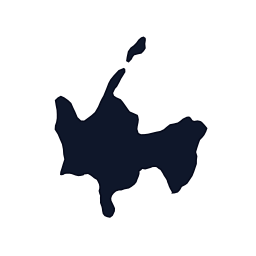 outline of Neftchala District, Neftçala, Azerbaijan, rotated 203°
{"feature_id": "54616110B40961788089107", "entity_name": "Neftchala District", "entity_type": "district", "adm_level": 2, "iso_a3": "AZE", "parent_name": "Azerbaijan", "parent_adm1": "Neftçala", "projection": "albers", "projection_center": [49.058, 39.291], "detail": "fine", "context": "isolated", "style": "filled", "palette": "ink", "viewbox_px": 256, "rotation_deg": 203, "n_neighbors": 0, "source": "geoboundaries", "source_scale": "gbopen_adm2", "svg_char_len": 2618}
<svg xmlns="http://www.w3.org/2000/svg" viewBox="0 0 256 256"><g transform="rotate(203 128 128)"><path d="M61.7,85.7L60.0,86.6L57.9,88.3L57.5,88.6L56.5,91.4L56.1,95.2L53.6,98.2L52.3,100.3L51.5,104.3L50.6,109.1L50.7,113.8L51.3,121.6L52.8,125.3L53.8,128.8L56.6,132.2L57.1,136.5L57.5,141.2L57.7,145.2L56.3,148.9L55.6,151.5L55.3,155.5L55.4,156.6L55.5,158.4L58.9,160.2L62.3,161.7L63.6,162.0L64.6,161.9L66.7,161.5L69.7,159.6L72.0,159.6L74.5,161.3L76.1,161.7L77.4,161.0L77.8,160.8L80.6,157.6L82.2,154.5L83.8,152.0L87.1,149.5L90.4,147.3L92.5,143.5L94.0,140.4L96.7,137.3L100.0,135.1L103.5,132.5L106.9,130.0L110.2,128.1L113.5,126.6L116.6,126.8L119.6,130.3L120.4,133.1L121.2,137.0L122.0,139.7L123.6,142.1L124.5,143.1L129.7,143.2L132.9,143.2L134.9,144.3L138.9,146.8L143.3,149.5L146.1,150.9L150.8,151.0L153.9,151.6L156.1,154.1L155.9,159.1L154.9,162.0L154.4,167.1L154.2,170.8L153.6,174.4L153.2,177.2L153.0,178.3L154.1,180.6L155.1,180.9L158.7,177.2L161.1,170.6L162.5,165.7L162.9,161.6L162.7,155.2L162.6,148.0L163.0,144.7L163.2,141.5L163.2,139.7L163.2,135.9L164.0,129.5L166.0,125.2L169.1,119.9L170.8,117.1L174.2,115.8L179.0,117.6L183.3,121.8L186.7,124.8L190.3,128.2L194.1,129.6L198.7,130.6L202.1,130.7L204.0,128.3L205.4,125.1L202.9,121.1L200.1,116.9L198.2,113.0L196.7,109.4L195.7,105.3L195.5,101.9L194.3,98.4L189.7,95.2L185.9,91.5L181.9,87.7L179.0,83.4L176.6,78.7L173.7,74.6L173.2,69.0L172.8,65.6L172.4,61.2L171.5,58.5L171.4,59.2L169.9,59.9L168.7,61.6L167.1,62.5L163.8,63.9L161.8,64.3L157.8,64.5L155.1,65.0L153.1,66.1L151.1,67.5L150.5,68.9L149.0,69.6L147.1,70.8L143.8,70.4L141.4,69.8L139.5,69.2L136.3,68.8L135.2,68.0L133.6,66.6L132.2,65.3L130.9,63.3L130.1,61.3L129.8,58.9L128.1,56.7L126.6,55.2L125.8,52.9L124.7,50.6L123.9,48.6L121.0,45.5L119.9,43.9L118.7,41.8L117.2,39.7L115.0,38.5L112.5,38.5L109.9,39.0L108.5,41.4L108.4,42.3L108.3,46.1L109.2,48.6L111.2,50.5L112.9,52.0L115.4,54.2L116.6,56.3L116.9,58.1L116.9,59.9L116.2,62.6L114.8,65.4L112.2,67.7L110.2,68.5L107.8,70.7L105.6,72.2L104.1,73.2L102.4,75.5L100.5,78.8L99.7,81.6L99.9,84.4L99.9,87.6L100.2,90.1L101.3,92.7L100.0,94.7L99.5,96.5L96.3,97.2L93.6,99.4L91.9,100.8L90.5,102.3L87.6,103.6L86.1,103.8L83.6,103.0L81.6,102.8L78.2,100.5L75.9,98.6L73.7,97.2L71.5,95.6L70.0,93.7L68.4,92.2L67.4,91.0L65.2,89.0L62.8,87.2L61.9,86.4L61.7,86.0L61.7,85.7ZM146.8,216.0L147.4,217.1L149.2,217.5L150.8,216.1L152.2,213.3L153.1,209.4L154.5,205.9L156.4,202.7L157.3,198.5L156.2,192.9L155.3,189.5L153.4,189.3L152.5,191.8L152.1,192.8L152.0,195.2L151.3,197.8L147.8,200.5L145.3,202.2L144.1,205.2L143.6,208.2L145.7,212.0L146.5,215.2L146.8,216.0Z" fill="#0f172a" stroke="#020617" stroke-width="1.5"/></g></svg>